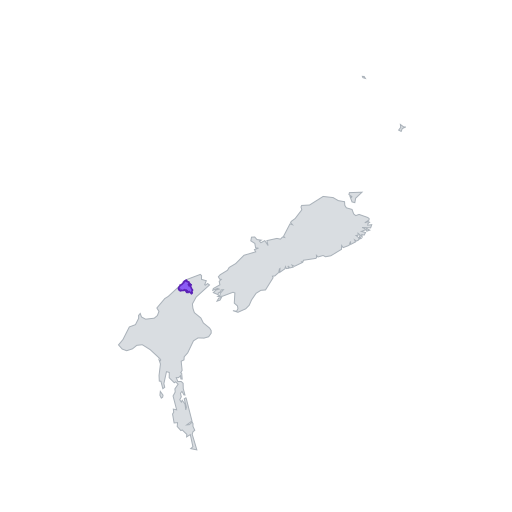 Masterton District, Wellington, New Zealand (highlighted), rotated 197°
{"feature_id": "76426892B14950908560920", "entity_name": "Masterton District", "entity_type": "district", "adm_level": 2, "iso_a3": "NZL", "parent_name": "New Zealand", "parent_adm1": "Wellington", "projection": "equal_earth", "projection_center": [175.891, -40.935], "detail": "fine", "context": "in_parent", "style": "filled", "palette": "violet", "viewbox_px": 512, "rotation_deg": 197, "n_neighbors": 0, "source": "geoboundaries", "source_scale": "gbopen_adm2", "svg_char_len": 6751}
<svg xmlns="http://www.w3.org/2000/svg" viewBox="0 0 512 512"><g transform="rotate(197 256 256)"><path d="M265.4,214.5L267.4,214.6L276.2,207.8L279.9,206.3L280.8,206.2L278.9,208.2L279.3,209.7L277.3,214.3L279.1,213.6L280.1,210.4L281.3,209.7L280.8,207.9L286.1,208.5L284.3,211.8L281.5,213.6L283.3,213.8L287.3,210.5L287.3,212.4L282.1,217.9L283.8,221.0L282.4,223.5L283.9,223.2L285.9,225.1L284.8,227.6L279.1,234.0L278.3,237.2L273.2,242.8L267.7,253.2L257.5,259.9L259.4,261.7L255.9,264.2L258.8,263.7L260.8,267.7L265.4,269.0L265.8,272.7L262.8,273.8L259.9,272.0L255.6,272.7L257.0,271.2L255.2,270.1L252.1,273.3L247.5,269.5L250.1,273.9L241.2,278.9L237.5,279.3L236.2,281.9L234.1,282.1L235.4,283.0L232.9,296.6L230.3,296.6L232.7,298.0L232.4,299.4L229.5,303.3L225.7,313.6L227.3,316.0L227.1,317.7L219.7,320.4L209.2,332.6L199.3,334.4L193.6,333.0L187.2,333.8L185.9,330.4L183.7,328.5L177.8,328.6L174.9,324.8L172.4,323.8L169.6,325.9L160.5,325.5L158.8,324.9L158.4,323.5L161.7,319.6L158.6,321.7L157.2,321.5L158.4,319.8L158.2,318.1L154.5,319.8L154.6,316.4L162.9,314.3L159.6,314.0L159.3,312.8L162.4,310.3L158.1,310.5L158.7,307.6L161.1,307.5L160.1,305.4L165.1,307.6L164.4,305.6L166.3,304.9L162.8,303.4L162.6,301.3L164.3,299.6L166.5,300.3L165.0,298.5L168.9,294.7L169.9,297.6L170.1,293.4L175.1,289.5L177.2,291.1L176.2,287.4L184.5,278.1L189.3,275.6L192.0,276.1L196.4,273.2L198.4,274.3L197.6,272.2L198.1,271.2L209.4,265.8L209.4,264.1L210.6,263.8L209.8,263.3L216.2,257.4L218.9,257.8L217.2,256.2L219.9,254.6L222.6,255.8L221.0,253.9L223.4,252.8L224.7,254.4L224.7,252.1L228.5,247.3L229.4,251.1L229.8,250.6L229.5,246.8L232.2,242.4L234.4,241.5L233.3,240.2L237.0,226.3L241.3,224.6L245.0,220.4L247.4,212.7L248.1,206.9L250.4,202.5L256.8,196.9L262.1,197.0L258.4,197.5L257.9,200.4L259.1,202.8L263.0,204.6L265.4,214.5ZM260.6,55.2L266.6,66.0L269.5,62.7L270.0,65.2L275.7,68.1L276.8,67.1L281.5,69.9L282.3,73.7L285.5,72.4L289.6,80.5L289.0,82.5L290.3,85.4L286.9,85.7L294.4,97.9L293.5,102.3L294.7,105.2L293.0,110.6L296.0,112.2L297.1,110.9L303.4,114.2L304.9,119.3L307.8,119.2L306.8,107.0L304.9,103.8L306.3,101.9L310.3,108.4L311.9,108.1L313.8,113.4L315.8,124.8L318.3,128.3L317.0,127.7L316.7,128.7L317.9,129.7L329.8,135.5L338.8,137.9L343.9,135.7L347.0,131.1L352.0,127.6L356.8,127.9L361.5,130.8L358.8,137.2L356.4,151.1L351.2,155.1L350.0,162.1L350.9,164.9L349.9,167.2L347.7,164.2L343.1,163.3L335.1,166.8L332.9,170.2L332.6,174.6L335.6,177.3L330.8,188.6L328.1,191.7L315.7,213.0L303.9,222.1L302.3,221.3L301.3,217.7L296.3,217.8L296.7,213.6L296.0,213.2L294.2,215.5L292.0,214.7L301.2,199.3L302.8,191.6L301.1,187.6L298.4,183.8L290.6,180.6L286.8,176.6L279.3,173.5L277.1,171.6L276.3,169.1L277.7,164.9L281.7,162.3L287.5,160.7L291.0,156.6L293.0,143.4L295.2,138.6L294.5,135.6L296.8,133.5L293.2,125.0L293.9,122.4L292.8,122.1L290.6,116.7L291.9,116.5L293.2,119.5L294.5,117.0L296.7,116.4L294.1,113.1L290.8,114.1L288.5,113.0L286.8,107.9L283.3,102.3L284.3,102.1L287.2,104.9L288.1,102.7L286.3,99.5L286.9,96.3L284.7,94.4L284.4,96.5L280.5,93.5L278.2,88.3L278.3,91.0L282.9,98.4L281.6,99.9L280.9,99.1L269.0,79.5L272.9,74.2L270.5,75.2L268.4,78.5L267.2,77.2L266.5,74.7L263.6,71.4L264.9,69.5L264.9,66.9L255.9,53.3L262.1,52.7L260.6,55.2ZM180.0,335.8L183.4,340.3L181.7,340.0L181.7,340.9L185.1,341.9L185.2,343.9L173.3,348.0L177.6,340.4L177.1,335.9L180.0,335.8ZM155.2,421.3L156.4,424.0L152.5,422.6L150.5,423.2L153.4,420.6L153.6,417.6L156.4,418.1L155.2,421.3ZM307.2,94.8L307.9,98.5L304.2,95.7L304.0,93.7L305.0,92.4L307.2,94.8ZM279.3,204.9L276.9,206.3L277.5,203.3L280.1,201.4L279.3,204.9ZM158.4,313.0L158.2,314.6L154.8,314.0L157.3,312.1L158.4,313.0ZM205.9,457.8L206.8,458.9L205.1,459.3L203.3,457.8L205.9,457.8ZM161.9,302.5L162.7,305.2L160.4,303.8L161.9,302.5Z" fill="#d9dde1" stroke="#a8b0b8" stroke-width="1"/><path d="M320.7,203.0L320.6,202.9L320.6,202.7L320.6,202.4L320.6,202.2L320.4,202.1L320.3,201.9L320.4,202.0L320.4,201.9L320.1,201.8L320.2,201.7L320.1,201.4L319.9,201.3L320.0,201.3L319.9,201.2L319.8,201.3L319.8,201.2L319.7,201.2L319.6,201.3L319.6,201.2L319.4,201.2L319.2,201.1L318.7,201.0L318.8,200.7L318.7,200.6L318.4,200.7L318.3,200.8L318.2,200.7L317.9,200.6L317.7,200.6L317.4,201.3L317.4,201.5L317.0,201.5L317.0,201.4L316.9,201.5L316.7,201.5L316.4,201.4L316.2,201.5L315.9,201.7L315.6,201.7L315.6,201.8L315.5,202.0L315.3,202.1L315.2,202.1L314.8,202.7L314.4,202.3L313.9,202.8L313.7,202.9L313.3,202.6L313.2,202.7L312.9,202.7L312.6,203.0L312.5,202.9L312.4,202.9L312.2,202.7L312.2,202.8L311.8,202.7L311.8,202.4L312.0,202.3L312.0,202.2L312.3,201.7L312.2,201.7L312.1,201.4L311.9,201.1L311.7,201.4L311.7,201.2L310.5,201.1L310.5,201.3L310.6,201.5L310.4,201.5L310.3,201.8L310.0,201.7L309.9,201.8L309.9,202.1L309.4,202.1L309.5,202.2L309.4,202.4L309.1,202.2L308.9,202.1L308.7,202.0L308.7,201.9L308.7,202.0L308.5,201.9L308.3,202.0L308.2,202.0L308.2,201.9L306.7,201.0L306.2,201.8L306.1,202.0L306.2,202.3L306.3,202.5L306.6,202.7L306.7,202.8L306.8,202.8L307.0,202.9L307.0,203.0L307.0,203.3L307.0,203.6L306.9,203.7L306.9,203.8L306.9,204.0L306.7,204.3L306.8,204.4L306.7,204.5L306.8,204.7L306.8,204.8L307.0,205.0L307.0,205.3L307.3,205.4L307.5,205.4L307.6,205.5L307.8,205.7L308.0,205.8L308.1,206.1L308.2,206.3L308.4,206.4L308.5,206.4L308.6,206.7L308.8,206.8L308.9,207.0L309.1,207.2L309.1,207.3L309.3,207.4L309.4,207.6L309.6,207.8L309.8,208.0L310.0,208.1L310.1,208.3L310.0,208.6L309.9,208.8L309.9,209.0L309.6,209.2L309.4,209.4L309.5,209.6L309.8,209.6L310.0,209.6L309.9,209.5L310.0,209.4L310.1,209.5L310.1,209.4L310.3,209.2L310.2,209.1L310.3,209.0L310.5,209.0L310.6,208.8L310.5,208.6L310.8,208.5L311.0,208.5L311.2,208.4L311.3,208.5L311.4,208.4L311.4,208.1L311.5,208.2L311.7,208.3L311.6,208.5L311.8,208.6L312.0,208.9L312.0,209.0L311.6,209.3L311.6,209.6L311.4,209.8L311.4,210.0L311.6,210.1L311.8,210.0L311.7,210.2L312.0,210.4L311.9,210.5L312.0,210.6L312.3,210.9L312.4,211.0L312.5,211.1L312.7,211.3L312.7,211.5L312.8,211.5L312.7,211.5L312.8,211.6L313.0,211.6L313.5,211.4L313.8,211.3L313.9,211.5L314.2,211.6L314.3,211.5L314.2,211.5L314.3,211.4L314.2,211.4L314.4,211.5L314.5,211.5L314.7,211.8L314.8,211.8L314.8,212.0L314.9,212.3L315.0,212.4L315.2,212.5L315.3,212.5L315.5,212.5L315.8,212.6L315.9,212.3L316.1,211.9L316.3,211.7L316.6,211.5L316.8,211.4L316.9,211.1L317.1,211.1L317.1,210.9L317.1,210.7L317.2,210.2L317.3,210.0L317.4,209.9L317.5,209.9L317.4,209.7L317.5,209.7L317.6,209.4L317.7,209.1L317.8,208.9L317.8,208.7L317.8,208.4L318.0,208.3L318.0,208.2L318.2,207.9L318.3,207.8L318.3,207.7L318.5,207.1L318.7,206.9L319.0,206.7L319.2,206.4L319.3,206.4L319.6,206.1L319.8,206.0L319.8,205.9L320.0,205.9L319.9,205.9L320.0,205.8L320.0,205.7L320.0,205.8L319.8,205.7L319.8,205.4L320.0,205.1L320.2,204.8L320.3,204.6L320.4,204.2L320.5,204.0L320.5,203.8L320.5,203.7L320.6,203.3L320.7,203.2L320.7,203.0Z" fill="#8b5cf6" stroke="#5b21b6" stroke-width="1.5"/></g></svg>